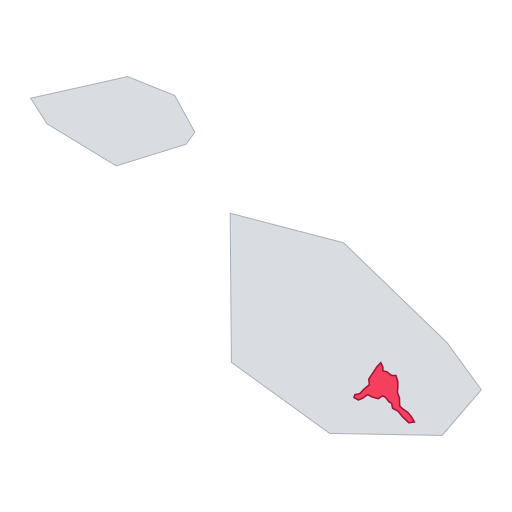 where Luqa sits in Malta
{"feature_id": "MLT-5964", "entity_name": "Luqa", "entity_type": "state/province", "adm_level": 1, "iso_a3": "MLT", "parent_name": "Malta", "parent_adm1": "", "projection": "robinson", "projection_center": [14.484, 35.851], "detail": "fine", "context": "in_parent", "style": "filled", "palette": "rose", "viewbox_px": 512, "rotation_deg": 0, "n_neighbors": 0, "source": "natural_earth", "source_scale": "10m", "svg_char_len": 826}
<svg xmlns="http://www.w3.org/2000/svg" viewBox="0 0 512 512"><path d="M481.3,389.8L442.1,435.4L329.6,433.4L231.4,362.3L230.2,213.3L343.6,242.8L447.1,342.7L481.3,389.8ZM186.1,144.2L116.2,165.9L46.9,123.7L30.7,98.2L127.5,76.6L174.7,95.5L194.8,132.1L186.1,144.2Z" fill="#d9dde1" stroke="#a8b0b8" stroke-width="1"/><path d="M368.7,379.2L377.0,366.7L380.8,362.6L382.9,367.1L382.9,370.9L386.7,371.7L391.6,375.5L396.0,375.5L397.8,381.7L397.8,387.5L397.4,392.5L399.5,397.9L399.5,400.8L399.8,406.2L402.6,408.7L407.8,412.4L411.6,417.0L414.4,422.0L408.8,422.8L402.3,416.6L398.1,411.2L392.6,408.3L391.6,403.3L389.1,402.0L385.7,397.5L382.6,395.8L378.4,398.7L372.2,397.1L367.7,394.6L362.5,398.3L358.4,400.0L353.9,397.5L354.9,394.6L359.7,393.7L363.9,389.2L369.4,384.6L368.7,379.2Z" fill="#f43f5e" stroke="#9f1239" stroke-width="1.5"/></svg>